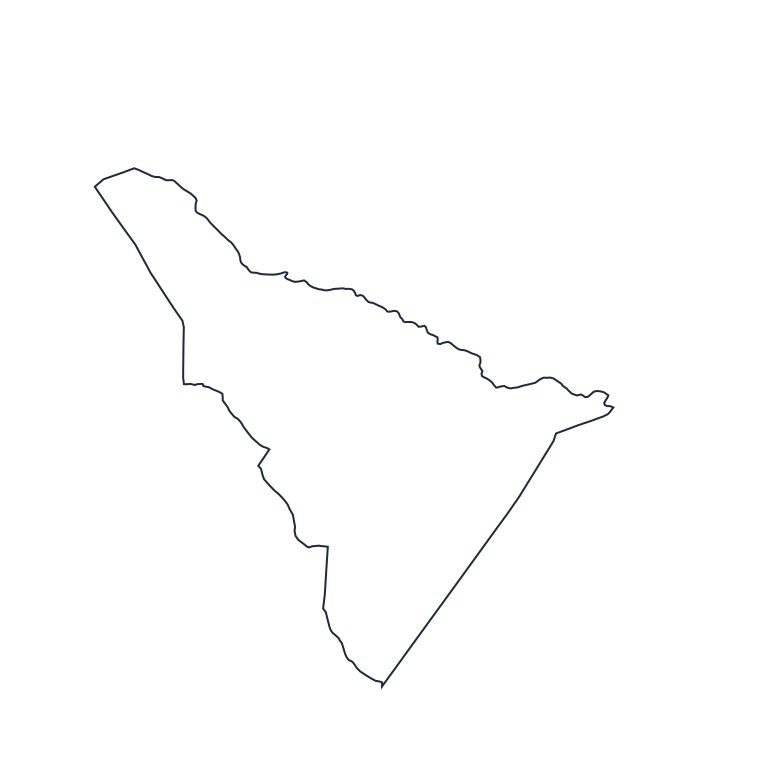 the district of Astacinga, Puebla, Mexico, rotated 251°
{"feature_id": "50627088B26484919164415", "entity_name": "Astacinga", "entity_type": "district", "adm_level": 2, "iso_a3": "MEX", "parent_name": "Mexico", "parent_adm1": "Puebla", "projection": "mercator", "projection_center": [-97.094, 18.555], "detail": "fine", "context": "isolated", "style": "outline", "palette": "slate", "viewbox_px": 768, "rotation_deg": 251, "n_neighbors": 0, "source": "geoboundaries", "source_scale": "gbopen_adm2", "svg_char_len": 4389}
<svg xmlns="http://www.w3.org/2000/svg" viewBox="0 0 768 768"><g transform="rotate(251 384 384)"><path d="M287.1,593.2L289.2,591.0L290.5,588.0L292.1,586.0L294.4,586.0L295.8,587.6L297.5,589.7L298.8,591.3L300.3,592.4L304.5,589.3L306.7,586.1L308.2,582.7L308.4,579.7L307.4,577.4L306.2,574.4L305.5,572.4L306.1,569.9L308.9,567.9L310.0,566.7L310.4,562.6L313.8,558.4L317.8,556.3L320.2,555.3L324.1,552.4L326.7,551.7L330.2,549.0L334.4,545.7L336.1,542.9L336.8,540.1L338.0,537.0L337.8,533.8L337.0,531.1L335.9,527.5L336.2,524.0L336.7,518.9L337.2,514.2L337.3,509.1L338.1,505.7L338.6,502.2L340.6,499.2L343.0,497.1L343.8,492.7L343.7,490.3L344.1,488.9L346.9,487.7L350.2,486.7L353.4,484.8L356.0,482.7L357.8,480.7L359.8,479.2L362.1,479.6L364.2,481.3L367.0,480.5L369.0,480.1L370.6,480.3L373.0,482.2L375.4,483.1L378.1,483.5L381.0,481.4L384.8,476.5L386.6,474.8L388.9,472.3L390.3,470.0L391.2,467.8L392.5,466.0L394.7,464.2L398.1,462.0L400.8,460.5L402.9,458.4L403.4,455.7L403.7,452.8L403.4,450.3L404.7,447.9L406.9,448.4L408.8,449.3L410.6,449.8L414.6,446.0L415.8,444.2L418.2,442.2L421.7,442.0L423.9,442.2L425.9,441.1L426.2,437.8L426.9,435.3L429.5,434.2L431.7,432.7L433.6,430.3L435.0,426.5L435.5,424.3L437.0,422.7L439.4,422.4L441.8,421.2L443.5,421.1L446.3,420.9L448.5,419.9L449.9,417.4L450.2,414.8L450.7,412.2L451.5,410.7L454.1,409.8L457.2,407.4L459.2,405.1L462.5,401.8L464.5,399.7L465.3,397.9L466.4,396.2L468.7,394.9L470.8,394.1L472.8,393.5L474.4,392.6L475.6,391.0L475.9,389.8L475.8,388.1L476.3,387.0L477.1,386.3L479.4,386.3L482.0,385.8L484.0,384.5L485.5,381.6L486.2,379.1L487.5,376.9L488.4,374.5L488.8,372.5L489.6,369.8L490.3,367.1L490.4,364.7L491.0,361.1L491.8,358.6L493.7,355.6L494.7,353.4L496.2,351.4L498.1,348.8L500.4,346.5L503.1,344.7L504.8,344.4L506.2,343.5L508.0,342.1L508.3,339.0L508.9,335.6L509.4,333.5L510.9,331.0L513.2,328.6L514.6,326.8L516.2,325.6L517.4,325.3L518.4,326.1L519.1,327.5L519.5,328.3L520.7,328.8L521.7,327.5L522.1,325.4L522.1,322.4L522.4,319.5L522.9,316.8L523.8,314.1L524.8,311.2L527.5,304.5L529.0,301.9L530.5,300.0L531.8,296.7L532.9,294.6L535.5,293.3L539.2,292.3L542.0,290.0L544.4,288.7L546.3,288.4L548.0,288.5L550.3,289.1L554.2,289.3L556.9,289.0L560.0,287.9L563.3,287.2L567.5,285.7L571.1,283.3L575.2,281.2L579.3,278.8L583.3,277.0L587.3,275.0L592.7,272.4L596.9,271.0L599.8,269.7L602.5,267.6L604.8,265.0L607.1,262.9L609.3,262.3L612.4,263.3L615.5,264.5L618.5,266.6L621.4,266.3L627.1,263.2L630.3,260.5L633.8,257.6L637.0,255.8L640.1,254.1L644.1,251.9L645.6,250.5L646.3,248.2L647.1,245.7L647.8,244.1L650.8,241.2L653.0,238.5L654.4,234.7L656.5,231.8L659.2,229.2L660.6,227.7L662.9,225.1L665.5,222.6L667.9,219.8L669.3,218.1L669.0,206.9L668.9,185.5L664.7,174.8L657.8,176.6L650.2,178.7L643.5,180.5L634.9,182.8L625.2,185.7L613.4,189.2L600.0,193.3L596.6,194.3L581.8,196.7L572.7,198.3L565.0,199.5L557.7,201.4L547.3,204.0L539.7,205.9L530.3,208.3L523.9,209.9L509.5,214.0L502.8,213.2L491.4,209.0L483.4,206.1L475.5,203.3L469.9,201.3L464.1,199.2L455.2,196.1L449.0,194.8L448.1,197.1L447.2,200.8L444.6,205.0L444.7,206.8L444.0,209.9L443.5,211.4L443.0,212.5L440.8,212.6L438.5,216.4L438.1,217.3L434.4,220.7L431.9,223.7L429.5,226.2L427.3,228.0L423.4,227.0L421.0,226.2L418.0,227.1L412.7,228.7L408.4,229.2L402.8,231.3L401.5,231.9L398.6,234.5L398.1,234.7L397.3,235.0L394.4,236.2L387.9,237.6L381.6,239.7L375.9,241.7L370.7,244.7L366.7,246.9L363.9,249.4L361.8,252.3L359.5,254.3L354.6,247.9L347.6,238.5L343.6,240.1L337.7,239.5L332.9,239.6L328.1,241.6L324.2,243.3L319.6,245.4L313.8,248.8L309.7,250.7L306.0,252.2L301.2,253.7L296.8,254.0L290.0,255.3L283.9,254.3L277.9,253.4L274.3,251.6L269.2,250.9L264.3,252.3L261.6,254.2L258.7,256.1L255.5,258.1L253.9,259.9L253.9,263.7L253.0,266.7L252.5,269.3L250.7,273.0L248.4,277.9L237.4,273.3L225.5,268.3L215.8,264.3L203.8,259.3L191.5,253.3L187.1,254.7L181.1,254.1L176.0,253.7L171.9,253.4L169.2,253.4L165.8,254.2L163.0,255.9L158.5,258.4L156.0,258.7L152.6,259.8L147.1,259.6L141.6,259.4L137.7,259.7L134.5,260.8L132.3,263.2L130.1,264.3L124.5,265.8L120.0,267.9L113.9,272.6L109.7,276.1L106.2,279.3L104.0,283.2L102.5,285.1L98.7,283.7L109.1,298.6L128.6,326.3L162.4,374.6L168.9,383.9L176.4,394.6L182.5,403.2L188.3,411.5L196.1,422.6L202.2,431.3L205.8,436.4L212.4,445.8L216.9,452.3L221.5,458.9L226.8,466.1L233.3,475.0L268.6,518.1L275.0,525.8L281.2,530.5L281.8,554.2L281.7,568.3L281.9,576.4L281.9,580.4L282.6,585.7L283.5,587.7L287.1,593.2Z" fill="none" stroke="#1e293b" stroke-width="2"/></g></svg>